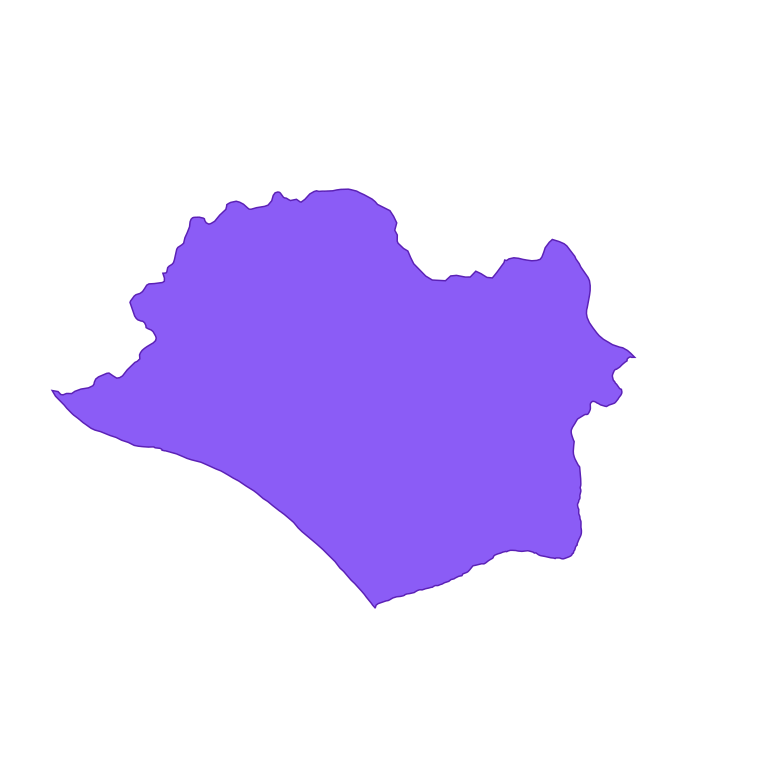 outline of Ngeun, Xaignabouri, Laos, rotated 130°
{"feature_id": "54806243B6650440767024", "entity_name": "Ngeun", "entity_type": "district", "adm_level": 2, "iso_a3": "LAO", "parent_name": "Laos", "parent_adm1": "Xaignabouri", "projection": "robinson", "projection_center": [101.129, 19.732], "detail": "fine", "context": "isolated", "style": "filled", "palette": "violet", "viewbox_px": 768, "rotation_deg": 130, "n_neighbors": 0, "source": "geoboundaries", "source_scale": "gbopen_adm2", "svg_char_len": 6159}
<svg xmlns="http://www.w3.org/2000/svg" viewBox="0 0 768 768"><g transform="rotate(130 384 384)"><path d="M561.2,247.0L560.6,247.0L558.5,247.9L556.0,247.3L548.8,243.0L547.2,241.6L546.1,241.1L542.2,239.7L538.8,237.5L536.3,235.0L534.1,233.3L532.6,232.5L532.1,232.6L531.5,232.3L530.2,231.6L528.0,229.6L524.3,226.8L523.7,226.6L523.1,226.5L520.5,225.5L519.3,224.8L518.6,224.3L518.0,223.5L517.0,222.3L514.0,220.5L511.7,218.7L509.5,217.2L508.7,216.4L506.2,215.6L505.5,215.2L504.7,214.4L504.4,213.8L503.4,212.9L501.7,212.1L499.9,210.9L497.3,209.9L493.5,207.5L490.8,207.0L488.2,205.1L486.8,204.7L483.6,203.3L482.8,202.8L480.9,201.2L480.6,201.1L479.1,201.5L478.5,201.4L475.7,199.8L474.4,199.2L473.3,199.0L471.4,198.9L466.3,199.0L465.5,198.6L464.5,197.7L459.0,193.7L457.9,192.3L457.5,191.8L456.8,191.5L455.7,191.1L452.3,190.4L450.6,189.9L447.7,188.8L446.9,188.8L445.8,189.2L445.2,189.3L444.4,189.2L443.6,189.0L441.1,187.7L438.6,186.0L437.0,185.2L436.1,184.7L434.0,183.1L433.8,182.6L433.5,182.2L432.3,181.7L430.3,180.4L429.0,178.9L426.9,176.1L425.8,174.0L423.6,170.8L419.4,166.8L418.8,165.8L417.1,162.1L416.9,161.2L416.9,160.2L415.7,159.1L415.5,155.9L415.1,154.4L414.7,153.5L412.5,149.6L409.9,144.5L408.3,142.2L407.7,140.7L406.6,140.4L405.2,138.7L404.3,137.5L403.8,135.9L403.1,134.7L402.5,134.1L401.6,133.5L397.5,131.2L395.6,130.4L394.7,130.3L394.0,130.3L393.3,130.5L393.0,130.7L392.7,130.7L392.4,130.4L391.7,130.3L390.5,130.9L389.7,131.2L388.5,131.2L386.0,132.4L384.5,132.7L383.3,132.5L382.9,132.7L382.7,133.1L382.1,133.4L377.4,134.9L374.5,135.6L373.0,136.1L371.3,137.0L369.9,138.1L369.0,138.9L367.2,141.0L363.9,143.7L362.6,144.9L361.4,147.0L360.6,147.9L359.9,148.5L359.2,149.5L358.5,150.9L357.9,151.7L354.8,154.2L354.1,155.7L353.5,156.6L352.3,158.0L351.4,158.6L349.4,159.1L348.7,159.4L348.1,159.9L346.0,160.3L344.5,161.3L344.1,161.9L343.3,162.5L340.9,163.6L339.6,164.3L338.5,165.3L337.7,166.6L337.3,167.1L335.2,168.1L333.9,169.1L330.3,172.3L322.0,180.6L321.6,181.2L321.4,182.7L321.1,183.6L318.7,189.4L317.7,191.2L315.9,193.8L313.8,195.8L310.6,198.1L309.2,199.1L305.9,201.3L305.6,201.7L305.5,202.3L304.9,203.3L304.2,204.5L302.4,207.4L301.6,208.5L300.6,209.6L299.5,210.5L298.6,211.0L295.9,211.8L291.4,212.4L289.3,212.8L286.6,213.2L286.0,213.1L283.6,212.3L278.8,210.7L278.0,210.3L276.8,208.9L276.1,208.5L275.3,208.5L273.5,208.8L271.2,209.5L270.0,210.2L266.9,213.0L265.9,213.4L264.4,213.4L263.3,213.1L262.6,212.3L262.2,211.5L261.8,210.5L261.6,208.4L261.3,207.8L261.1,206.8L260.8,204.7L258.9,200.3L258.2,199.1L255.3,198.0L252.4,196.2L250.4,195.1L249.7,195.0L248.8,194.9L245.1,195.0L243.4,195.3L240.4,195.4L238.6,195.8L237.2,196.6L235.5,198.7L236.0,200.2L235.9,201.1L234.7,205.6L234.6,207.4L234.0,208.6L234.0,209.5L233.7,209.9L233.7,210.8L231.4,213.9L230.7,214.5L229.2,215.2L225.8,216.2L224.5,216.2L223.8,215.9L223.2,215.4L219.5,214.3L215.9,214.0L212.0,213.3L210.0,212.7L209.4,213.3L208.2,213.8L207.1,213.6L206.2,213.4L205.0,212.8L204.4,211.4L202.4,209.1L201.9,214.5L201.8,218.9L202.8,224.4L204.3,227.2L207.0,234.2L208.7,244.6L208.7,250.3L208.1,253.9L206.6,260.4L205.0,266.1L202.5,271.1L199.9,274.2L197.0,276.4L194.9,277.4L188.5,281.0L183.6,283.8L180.0,286.1L176.2,289.2L172.8,293.0L171.2,296.3L167.9,308.4L166.3,311.9L164.8,317.5L163.6,319.8L160.7,332.7L160.8,336.2L162.3,341.4L165.1,348.0L166.5,348.1L169.1,348.5L176.0,348.1L180.2,346.4L185.1,344.7L188.1,344.5L191.1,346.4L194.6,350.0L197.3,354.3L199.3,357.8L201.2,361.7L203.9,365.7L207.8,368.7L210.5,369.4L211.5,371.2L213.8,370.1L225.9,369.3L229.9,369.2L233.1,369.2L236.2,373.7L237.1,380.5L238.6,386.2L246.6,386.7L249.8,390.4L254.2,398.3L258.4,402.4L265.4,403.3L273.3,413.8L274.5,421.4L272.8,438.5L270.1,444.7L266.8,451.2L267.6,456.1L267.1,463.7L266.1,465.7L261.3,469.6L259.3,474.6L252.4,477.8L249.4,484.4L247.4,490.9L250.6,504.4L250.0,508.0L250.0,512.1L251.8,520.9L253.1,525.6L253.8,528.9L256.5,534.5L257.7,536.6L262.8,542.3L265.8,545.0L269.0,547.5L274.5,553.5L275.7,555.0L278.3,557.7L279.4,559.9L281.5,561.3L286.1,563.0L293.4,563.3L297.9,564.4L298.4,565.3L298.8,569.8L303.6,573.6L304.0,575.4L304.4,578.2L305.4,579.9L305.6,581.1L304.4,585.9L304.3,587.1L305.1,588.7L307.5,590.3L310.7,590.1L315.8,587.8L321.5,587.8L324.6,589.6L330.9,595.0L335.5,598.1L336.7,599.6L336.8,601.5L336.6,607.2L337.5,611.4L339.0,614.7L343.5,618.2L345.9,619.2L347.7,619.7L349.2,618.7L351.9,617.4L360.1,618.4L368.2,618.3L372.2,619.7L374.1,620.9L374.8,623.8L374.0,626.3L372.9,627.8L373.1,629.1L375.0,632.8L378.5,636.7L379.8,637.5L381.8,637.7L384.4,636.8L388.6,634.0L394.6,632.0L400.0,630.5L404.9,628.0L407.2,628.3L411.9,629.7L414.0,629.4L423.6,624.4L426.3,623.3L428.5,623.3L431.9,624.4L433.9,624.5L437.8,622.4L439.1,622.4L441.3,624.6L444.0,620.3L446.5,618.3L448.7,619.0L454.7,624.5L458.4,628.4L460.8,629.3L465.1,628.7L468.4,628.4L471.4,629.1L475.0,631.4L477.2,631.9L483.4,631.5L484.8,631.0L492.2,618.7L493.0,616.0L493.1,613.9L491.9,610.5L491.0,609.2L491.0,606.8L492.2,604.1L493.7,602.5L493.3,600.2L492.3,597.0L492.3,594.6L494.0,590.0L495.2,588.0L497.6,586.9L500.8,587.2L507.7,589.6L510.7,590.4L513.7,590.9L516.4,590.7L518.8,590.0L521.7,587.2L525.2,587.6L527.6,588.7L538.2,589.8L545.9,589.5L549.1,590.6L551.3,592.5L551.9,596.5L552.4,601.7L554.0,603.2L562.1,607.3L565.5,608.0L568.7,607.1L570.5,606.1L572.5,605.9L576.9,607.9L582.7,612.9L588.3,616.1L592.1,617.1L595.3,621.1L598.6,622.9L599.8,624.8L599.3,628.8L602.3,634.0L604.5,627.8L605.7,615.5L606.5,611.3L607.2,604.0L607.3,601.7L607.0,596.4L607.0,589.7L606.2,579.8L605.1,575.8L602.7,570.6L599.5,560.7L597.1,554.8L595.7,548.8L593.1,542.3L591.6,535.9L589.6,532.3L587.2,528.7L583.7,523.9L580.1,519.9L580.2,519.2L579.9,518.2L577.3,514.3L577.0,513.2L576.9,512.0L577.4,511.5L576.1,509.0L575.8,508.8L570.9,498.0L568.8,491.2L567.6,487.1L565.8,482.7L561.6,474.0L559.9,468.3L557.1,458.2L555.4,453.1L554.0,445.5L553.0,439.0L551.7,433.0L550.8,424.2L549.5,415.2L549.3,411.0L549.4,402.9L548.7,397.6L548.7,391.2L548.4,382.8L548.0,376.8L548.0,371.8L548.1,364.3L549.4,357.3L549.8,351.9L549.8,333.0L550.1,324.0L550.6,318.6L551.5,307.4L553.3,299.4L553.5,294.5L555.4,283.1L555.7,278.1L557.1,267.9L557.8,263.8L558.6,260.6L560.1,252.8L560.7,250.6L561.2,247.0Z" fill="#8b5cf6" stroke="#5b21b6" stroke-width="1.5"/></g></svg>